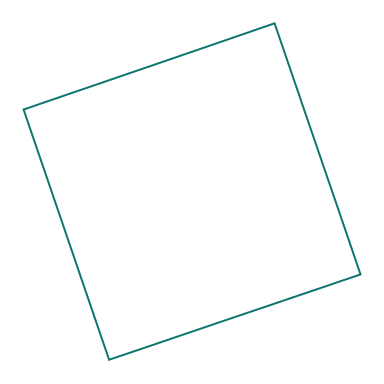 Quemú Quemú, La Pampa, Argentina, rotated 251°
{"feature_id": "61730980B51204300351665", "entity_name": "Quemú Quemú", "entity_type": "district", "adm_level": 2, "iso_a3": "ARG", "parent_name": "Argentina", "parent_adm1": "La Pampa", "projection": "natural_earth1", "projection_center": [-63.682, -36.13], "detail": "fine", "context": "isolated", "style": "outline", "palette": "teal", "viewbox_px": 384, "rotation_deg": 251, "n_neighbors": 0, "source": "geoboundaries", "source_scale": "gbopen_adm2", "svg_char_len": 518}
<svg xmlns="http://www.w3.org/2000/svg" viewBox="0 0 384 384"><g transform="rotate(251 192 192)"><path d="M59.4,271.6L59.4,274.3L59.3,295.9L59.3,303.1L59.2,324.5L62.3,324.5L137.6,324.7L153.5,324.7L165.2,324.7L217.1,324.8L243.0,324.8L247.8,324.9L266.1,324.9L323.5,325.0L323.9,325.0L324.6,325.0L324.6,304.8L324.6,230.5L324.7,160.1L324.8,84.8L324.8,64.3L324.8,59.6L324.2,59.6L275.2,59.5L112.6,59.1L60.4,59.0L60.2,93.5L59.9,173.7L59.5,254.5L59.4,271.6L59.4,271.6Z" fill="none" stroke="#0f766e" stroke-width="2"/></g></svg>